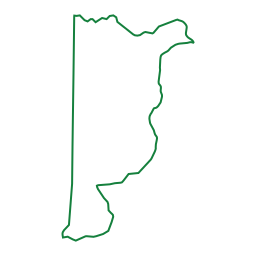 SVG path tracing the border of Heredia
{"feature_id": "CRI-1328", "entity_name": "Heredia", "entity_type": "Province", "adm_level": 1, "iso_a3": "CRI", "parent_name": "Costa Rica", "parent_adm1": "", "projection": "orthographic", "projection_center": [-83.91, 10.368], "detail": "fine", "context": "isolated", "style": "outline", "palette": "green", "viewbox_px": 256, "rotation_deg": 0, "n_neighbors": 0, "source": "natural_earth", "source_scale": "10m", "svg_char_len": 1860}
<svg xmlns="http://www.w3.org/2000/svg" viewBox="0 0 256 256"><path d="M152.5,33.4L153.5,32.8L158.9,26.5L176.3,19.9L177.6,19.6L178.4,20.1L181.4,21.0L182.2,21.3L182.9,21.7L183.5,22.1L184.8,23.4L185.8,24.6L186.5,25.9L186.7,26.8L186.7,27.7L185.9,33.1L186.0,34.4L186.3,35.3L187.1,36.4L187.9,37.3L189.0,38.1L191.2,39.5L192.2,40.3L192.9,41.1L193.4,42.0L193.5,42.4L193.2,42.7L192.0,42.3L191.0,42.2L190.0,42.2L187.3,42.9L179.6,43.6L178.1,43.9L175.4,44.8L170.9,47.7L168.3,50.6L167.2,51.4L164.7,52.7L162.5,54.1L161.5,55.0L161.1,55.5L160.6,57.0L160.3,59.5L159.9,67.6L160.1,70.1L158.6,81.6L158.7,83.1L158.9,83.8L159.3,84.3L160.1,85.3L160.5,85.9L160.8,86.5L160.9,87.3L160.9,88.2L160.7,90.3L160.7,91.3L160.9,92.1L161.9,94.7L162.0,95.4L162.0,96.7L160.6,102.4L158.2,106.0L157.1,107.1L156.6,107.5L156.0,107.8L155.3,108.0L154.6,108.1L154.0,108.3L153.5,109.0L151.4,113.0L150.6,114.1L149.7,116.1L149.5,117.2L149.4,118.8L150.0,122.7L150.3,123.7L153.8,130.2L154.6,133.1L155.1,134.5L155.8,135.5L156.6,136.6L156.9,137.2L157.0,138.5L156.7,140.4L155.9,144.2L155.7,147.4L155.8,148.2L155.5,149.7L154.8,151.6L151.5,158.5L150.7,159.7L138.4,173.0L128.6,174.0L123.5,180.6L122.0,182.3L120.7,182.7L114.9,183.2L109.8,184.3L98.2,185.2L96.9,185.7L97.1,187.0L98.0,189.1L104.0,198.1L107.5,201.9L108.2,204.0L108.6,210.4L110.8,212.8L112.0,213.9L112.9,214.9L113.2,216.8L111.6,222.1L108.3,230.9L103.1,234.0L96.2,236.2L93.5,236.8L86.7,236.2L85.5,236.3L75.8,240.6L72.8,239.4L67.7,236.7L63.0,237.5L62.6,235.2L62.5,233.8L62.6,233.0L62.8,232.2L64.1,230.1L68.9,225.0L69.0,224.3L72.1,183.8L72.5,147.2L72.9,116.6L73.5,73.6L74.2,16.7L74.3,15.6L76.6,15.9L79.8,15.4L84.6,20.2L87.6,21.4L90.7,19.1L92.5,19.1L95.6,22.2L102.1,18.0L106.6,19.1L109.7,16.0L113.3,15.4L116.2,17.3L117.4,21.9L133.2,34.4L134.9,35.3L137.4,35.6L140.0,35.1L143.6,32.6L145.4,32.0L152.5,33.4Z" fill="none" stroke="#15803d" stroke-width="2"/></svg>